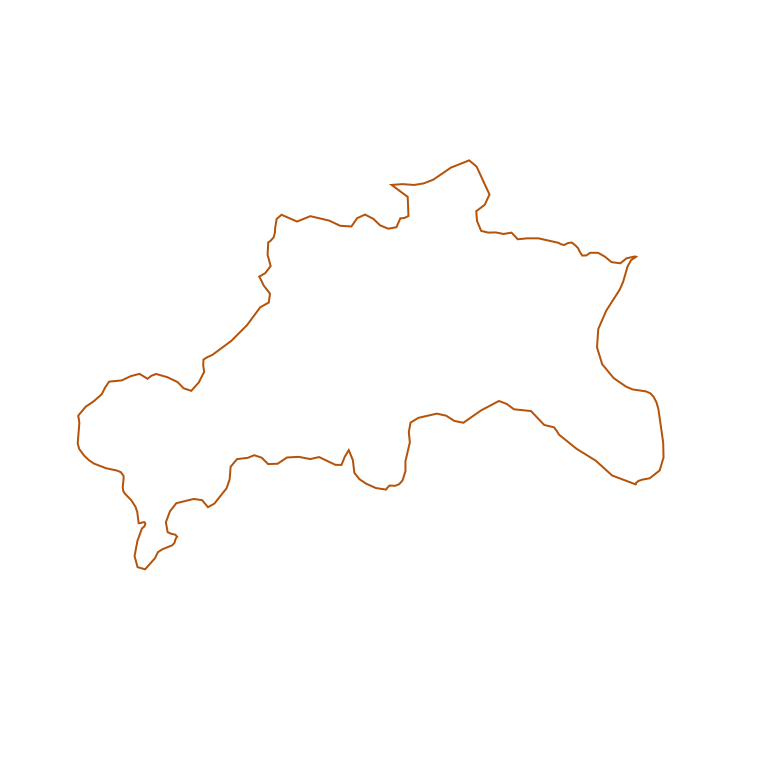 an SVG outline of Saravan, rotated 194°
{"feature_id": "LAO-3281", "entity_name": "Saravan", "entity_type": "Province", "adm_level": 1, "iso_a3": "LAO", "parent_name": "Laos", "parent_adm1": "", "projection": "natural_earth1", "projection_center": [106.351, 15.91], "detail": "fine", "context": "isolated", "style": "outline", "palette": "amber", "viewbox_px": 768, "rotation_deg": 194, "n_neighbors": 0, "source": "natural_earth", "source_scale": "10m", "svg_char_len": 2791}
<svg xmlns="http://www.w3.org/2000/svg" viewBox="0 0 768 768"><g transform="rotate(194 384 384)"><path d="M128.0,440.2L123.4,439.4L119.3,436.8L115.2,432.1L111.7,426.1L98.9,394.6L95.0,380.3L95.6,366.8L103.4,356.8L110.2,353.7L113.7,351.5L115.6,348.7L115.4,347.6L115.6,347.5L140.5,350.4L159.9,360.8L181.5,367.7L202.0,377.2L205.2,380.4L208.6,383.1L218.6,383.0L234.8,393.3L251.8,390.9L259.9,394.3L268.4,395.3L283.5,381.8L297.6,365.6L306.9,365.2L316.1,368.3L325.6,368.0L342.4,359.5L348.9,353.0L348.3,343.3L344.8,333.7L344.5,314.1L342.1,304.7L342.7,294.9L345.0,290.5L348.6,287.9L354.1,286.8L355.5,284.3L356.6,282.0L366.8,281.1L377.1,282.9L384.8,285.7L391.3,290.7L395.8,302.6L402.2,311.3L404.4,304.3L405.7,295.2L411.6,293.8L429.3,297.4L437.5,293.3L449.1,292.7L460.4,289.2L467.9,280.9L477.1,278.3L484.8,282.9L492.7,283.5L498.5,279.3L508.4,275.6L512.8,266.6L510.7,254.0L511.5,244.8L519.6,227.0L525.0,221.9L532.4,227.3L540.9,226.4L556.7,218.1L560.9,208.6L562.2,197.1L558.1,187.9L554.2,187.2L550.0,187.3L547.8,185.7L548.1,185.4L548.8,182.5L548.8,179.5L550.3,176.4L559.1,170.0L562.7,166.1L564.0,159.7L571.0,146.4L578.8,146.7L584.4,156.7L585.3,172.1L584.0,184.8L583.6,185.8L582.5,187.1L581.8,188.7L581.8,190.9L583.1,192.0L585.2,191.1L587.3,189.8L588.4,189.6L592.4,200.0L595.4,204.7L601.0,210.0L609.0,215.0L611.1,217.1L612.6,220.8L613.8,229.4L614.6,232.0L618.1,234.8L622.3,235.4L633.4,235.0L646.1,236.6L650.8,238.3L651.7,238.6L657.7,242.0L664.0,247.2L666.8,252.1L670.2,272.6L672.2,277.5L673.0,278.8L672.8,279.8L668.0,289.7L661.4,297.1L655.4,305.8L653.7,313.2L651.3,319.8L639.4,324.0L631.7,330.3L623.7,334.7L614.7,331.9L611.8,335.6L607.5,338.6L595.9,338.2L584.7,335.9L577.5,331.4L569.4,330.7L564.1,340.7L561.4,352.3L563.8,358.0L565.1,364.0L561.8,367.4L557.7,370.6L542.6,388.9L531.2,407.9L522.6,428.6L515.5,435.2L516.5,444.1L524.5,450.4L531.0,458.1L526.1,462.8L522.5,471.0L528.2,481.2L530.6,493.3L528.7,495.5L526.5,499.7L526.5,504.6L527.4,509.4L528.1,518.2L524.4,523.4L507.7,520.6L496.1,529.0L476.8,529.3L464.8,526.9L453.7,529.0L450.2,538.4L443.4,543.8L434.3,541.7L426.2,537.0L417.5,535.7L409.9,539.1L408.2,548.7L404.5,549.9L400.9,553.0L406.3,571.3L424.8,579.0L414.5,582.4L403.0,584.4L394.1,588.2L385.7,594.1L371.5,610.1L355.5,621.6L346.8,617.4L327.5,593.4L329.6,582.3L336.3,574.0L333.2,564.7L326.8,556.1L319.6,556.1L312.2,558.1L304.3,558.5L296.9,561.7L289.2,556.8L280.5,559.9L269.5,562.7L248.9,563.2L246.0,562.4L242.7,562.5L239.7,565.2L236.1,566.7L232.2,565.0L228.5,562.7L225.7,559.3L222.8,556.6L218.8,557.7L215.7,561.2L208.1,563.1L200.5,561.0L192.7,557.3L183.9,558.3L179.0,564.7L171.3,568.5L170.2,568.4L174.2,564.0L176.1,557.1L176.7,540.9L178.1,532.6L186.1,508.9L189.4,489.2L186.2,471.1L177.1,456.0L162.6,445.3L148.6,440.0L141.4,438.9L128.0,440.2Z" fill="none" stroke="#b45309" stroke-width="2"/></g></svg>